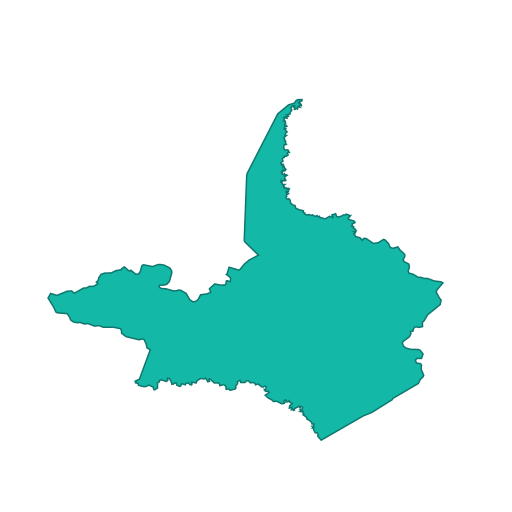 Quevedo, Los Rios, Ecuador (Natural Earth projection), rotated 104°
{"feature_id": "8360857B67101317912818", "entity_name": "Quevedo", "entity_type": "district", "adm_level": 2, "iso_a3": "ECU", "parent_name": "Ecuador", "parent_adm1": "Los Rios", "projection": "natural_earth1", "projection_center": [-79.508, -1.068], "detail": "fine", "context": "isolated", "style": "filled", "palette": "teal", "viewbox_px": 512, "rotation_deg": 104, "n_neighbors": 0, "source": "geoboundaries", "source_scale": "gbopen_adm2", "svg_char_len": 6112}
<svg xmlns="http://www.w3.org/2000/svg" viewBox="0 0 512 512"><g transform="rotate(104 256 256)"><path d="M236.9,68.1L236.3,70.3L237.1,76.9L236.3,84.2L237.1,87.6L236.8,91.3L237.5,93.2L235.6,99.4L235.6,103.5L233.5,104.8L230.4,104.4L227.7,105.2L226.8,105.9L225.7,110.7L224.4,112.2L219.8,111.5L218.3,112.3L215.6,117.4L212.8,120.6L215.4,124.9L215.2,127.8L211.7,130.6L209.2,134.7L209.0,136.2L213.5,140.6L215.4,145.1L212.4,153.4L212.8,155.7L215.1,156.7L213.1,159.6L213.1,163.9L210.8,166.1L211.0,167.0L209.4,165.1L208.9,165.2L208.6,166.7L208.0,165.1L207.1,164.9L205.7,166.8L205.6,168.1L204.1,168.2L203.9,170.5L202.9,169.8L201.3,170.5L199.8,168.0L199.0,168.3L198.3,169.5L198.1,174.9L197.5,175.7L194.0,174.1L194.6,175.5L193.8,175.7L193.6,178.8L194.5,179.2L195.1,181.3L196.5,182.5L198.3,185.7L198.1,187.3L195.7,189.0L197.8,192.3L199.6,190.6L200.3,190.8L199.6,194.1L203.4,198.0L203.0,200.9L203.4,202.7L202.1,204.2L203.1,205.4L202.0,206.4L203.3,208.3L202.4,211.2L203.5,212.7L202.8,214.3L203.8,216.0L203.7,218.5L202.5,219.0L202.1,221.1L200.6,221.0L200.7,225.1L200.0,229.0L197.5,230.5L197.8,231.9L196.3,235.2L193.6,236.4L192.5,238.0L193.1,238.4L193.0,240.1L191.7,241.2L190.8,240.6L189.2,241.3L187.8,239.6L187.4,241.1L186.4,240.6L186.8,242.2L185.9,242.4L185.6,240.1L184.2,240.4L182.9,239.8L182.4,241.2L183.5,242.0L182.6,243.0L183.2,243.7L183.3,245.1L182.1,245.0L182.2,246.0L181.1,246.4L179.7,245.4L180.3,247.6L178.4,248.6L178.5,249.7L176.4,249.8L176.9,248.2L175.3,246.9L176.0,246.3L175.3,245.8L176.0,244.9L173.2,247.2L172.0,247.2L170.2,245.3L169.8,246.5L170.8,247.8L169.4,248.3L170.4,249.5L170.2,250.4L169.2,250.6L168.6,251.7L167.8,250.6L166.8,251.2L166.1,250.1L166.7,249.4L164.7,249.2L165.7,248.2L164.7,247.9L163.9,249.3L161.9,250.8L163.2,251.4L160.6,251.9L161.7,253.1L161.1,253.6L160.6,253.0L160.5,254.1L159.3,254.5L157.4,252.7L156.1,253.8L154.0,253.5L153.5,252.4L152.3,252.6L151.9,250.7L150.2,249.2L148.8,250.7L147.7,249.9L147.5,248.7L145.3,250.7L146.2,253.6L144.5,255.3L141.4,255.6L140.3,253.5L138.8,255.1L137.5,254.9L137.3,256.0L135.9,256.2L134.5,257.7L131.7,255.6L131.8,257.0L128.8,256.8L128.1,255.8L126.5,258.1L125.3,257.9L125.8,259.6L124.0,259.4L122.7,257.4L122.0,258.3L122.1,259.9L120.9,260.1L120.2,259.3L118.1,260.2L118.4,261.9L117.3,261.3L115.0,262.6L114.0,261.5L114.9,261.0L114.8,259.2L113.7,259.9L112.5,258.4L111.7,260.5L110.2,257.4L108.4,257.6L105.8,256.5L103.9,258.2L101.1,256.3L101.0,254.8L102.2,255.8L103.0,254.1L104.2,254.4L104.4,253.6L103.0,253.0L103.4,251.3L101.1,251.5L101.0,249.5L100.3,250.6L99.2,250.4L99.3,248.4L98.5,248.5L96.4,250.8L97.3,251.3L97.0,251.9L94.7,250.4L94.7,249.1L93.1,249.2L94.2,253.3L95.3,254.6L98.4,255.8L101.5,261.0L112.8,269.3L177.8,284.5L180.2,284.5L243.7,271.2L245.1,270.1L254.6,253.8L261.5,261.6L266.6,265.3L273.8,268.7L273.4,279.4L280.4,279.7L281.0,280.3L283.1,275.8L284.6,275.0L287.2,274.8L286.9,277.8L287.4,278.8L290.6,278.4L291.7,279.3L292.8,283.4L293.1,289.3L299.0,293.3L302.2,291.1L304.8,294.7L307.0,300.4L312.6,301.8L314.6,303.6L315.8,305.8L314.4,309.7L309.2,314.7L307.5,320.5L307.7,322.7L309.3,325.4L309.8,327.7L309.6,335.3L310.4,339.9L309.9,341.9L308.8,342.8L307.6,342.3L306.5,338.3L305.0,335.7L301.8,333.9L293.0,333.6L290.8,334.3L288.5,336.7L287.1,342.8L287.4,347.0L288.2,349.3L291.3,353.8L291.7,363.1L293.0,364.4L298.8,364.5L301.8,365.5L302.8,368.1L300.1,374.0L300.8,374.3L301.1,376.1L298.4,381.0L300.7,383.2L301.9,383.5L304.1,388.4L307.4,392.3L309.3,398.9L311.3,401.9L315.1,403.3L318.0,403.3L320.0,404.6L321.1,402.7L324.6,406.0L325.8,410.4L327.9,412.6L328.9,415.7L336.1,423.3L334.5,426.4L335.9,430.8L342.4,439.7L342.0,446.2L347.1,447.6L354.6,439.9L358.8,436.6L359.2,435.0L357.6,425.2L360.5,422.0L362.9,420.4L364.2,417.1L364.0,413.3L363.0,410.5L363.5,406.1L362.2,402.7L363.1,395.5L361.5,391.6L362.1,386.9L359.6,377.2L359.3,370.0L360.9,368.5L363.5,367.7L365.7,362.5L365.6,349.2L364.0,346.2L363.9,344.6L367.8,341.4L371.7,339.4L372.4,335.9L403.6,339.3L406.6,342.8L406.7,342.0L408.2,342.2L408.2,339.6L409.9,338.7L410.0,333.8L409.4,331.4L407.0,328.4L407.8,326.4L407.8,324.4L410.4,322.7L410.4,322.0L407.9,319.6L403.0,320.9L401.5,319.4L400.1,319.6L399.0,317.5L399.5,312.8L398.1,311.5L396.8,312.3L395.8,312.1L396.1,310.4L397.9,308.2L400.8,306.6L400.2,305.0L398.9,304.4L398.7,302.5L400.5,301.6L401.0,298.4L400.3,297.6L397.8,297.0L398.1,293.5L396.3,293.0L395.6,290.8L396.8,288.8L396.7,287.4L395.9,287.1L393.9,287.8L393.7,283.3L391.5,283.2L388.9,280.8L388.0,279.2L388.0,276.8L386.7,275.4L389.7,272.3L388.9,270.8L387.2,271.9L386.4,271.4L386.5,270.7L389.3,265.7L388.1,261.1L390.6,259.7L388.7,256.5L388.9,255.5L389.7,253.6L392.3,253.0L392.5,252.1L391.5,250.2L392.6,248.7L390.0,243.9L388.8,243.6L387.1,244.3L384.3,243.0L382.5,243.6L380.6,241.7L380.7,241.0L382.4,240.4L382.3,239.4L381.4,236.1L379.5,235.0L378.9,233.4L380.5,230.6L379.6,228.8L379.6,226.3L381.1,225.3L379.6,223.1L381.6,219.0L381.4,217.2L380.2,216.2L380.2,214.8L382.6,214.1L383.4,214.8L383.4,215.7L384.3,215.3L385.0,213.5L384.2,211.6L385.1,210.2L388.9,213.4L390.8,209.8L391.7,206.0L393.0,203.9L391.9,200.8L393.2,195.3L392.1,192.9L390.3,193.9L388.4,192.7L389.1,191.6L390.4,191.8L389.7,189.6L388.4,189.1L389.8,187.5L390.4,185.1L393.0,187.1L395.5,186.9L394.3,184.6L396.6,184.5L396.0,183.5L396.8,182.2L396.2,181.5L395.7,182.1L395.0,181.8L391.5,178.1L392.7,176.6L391.2,176.6L391.4,174.2L393.2,174.0L394.6,176.0L395.4,174.4L396.2,175.4L396.1,174.2L395.1,173.3L395.9,172.3L397.0,172.5L397.7,171.3L398.7,171.9L400.2,168.0L401.8,167.2L402.9,163.7L404.1,161.7L405.5,161.0L405.0,158.9L407.4,159.2L407.7,160.1L408.2,158.5L409.2,159.5L409.1,158.4L410.2,158.3L413.2,155.9L412.8,153.7L414.2,152.6L416.0,152.4L418.9,148.2L385.1,113.1L379.8,105.8L362.5,89.1L361.2,88.9L340.4,67.6L336.0,66.7L332.9,64.7L331.2,64.4L326.0,68.3L321.4,69.2L320.6,70.7L321.1,74.3L318.5,76.2L316.4,75.0L315.4,70.6L310.7,70.2L307.9,73.7L307.4,75.5L309.1,83.2L309.1,87.9L307.8,91.1L304.9,93.1L302.6,92.0L297.3,87.6L293.8,86.9L291.9,87.8L290.8,85.4L288.9,85.7L286.8,84.9L286.0,83.7L285.9,80.7L284.2,77.3L280.1,78.5L278.2,77.2L271.6,75.3L258.5,65.5L253.9,65.8L252.4,67.9L247.3,72.5L245.1,72.2L236.9,68.1Z" fill="#14b8a6" stroke="#0f766e" stroke-width="1.5"/></g></svg>